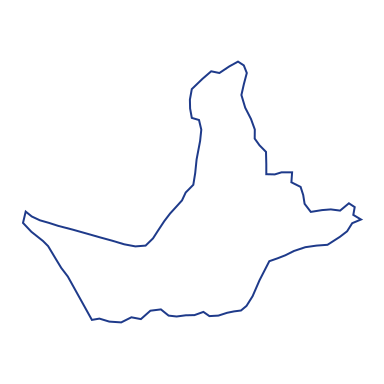 Sobrado, Paraíba, Brazil
{"feature_id": "56859067B78982550953926", "entity_name": "Sobrado", "entity_type": "district", "adm_level": 2, "iso_a3": "BRA", "parent_name": "Brazil", "parent_adm1": "Paraíba", "projection": "natural_earth1", "projection_center": [-35.255, -7.167], "detail": "fine", "context": "isolated", "style": "outline", "palette": "blue", "viewbox_px": 384, "rotation_deg": 0, "n_neighbors": 0, "source": "geoboundaries", "source_scale": "gbopen_adm2", "svg_char_len": 1298}
<svg xmlns="http://www.w3.org/2000/svg" viewBox="0 0 384 384"><path d="M23.0,222.9L31.4,231.8L43.0,241.0L48.1,246.1L56.2,259.6L61.3,268.0L67.8,276.5L91.9,319.9L99.4,318.6L109.3,321.6L121.2,322.4L131.4,317.3L140.9,319.1L150.4,310.7L160.9,309.4L168.6,315.6L176.6,316.5L185.7,315.3L194.5,315.1L203.4,311.9L209.4,316.1L218.4,315.6L227.1,312.8L234.0,311.4L241.0,310.5L246.5,305.9L252.6,296.2L259.5,280.3L269.3,261.2L277.6,258.3L285.3,255.3L293.9,251.0L305.3,247.2L316.5,245.6L327.5,244.8L339.8,236.9L347.1,231.3L352.2,223.2L361.0,219.5L353.3,214.9L354.7,207.1L348.9,203.3L340.1,210.6L330.8,209.4L322.0,210.1L310.8,211.9L304.6,203.8L303.2,195.0L300.6,186.9L291.4,182.3L292.1,172.3L281.6,172.3L274.8,174.4L266.3,174.2L266.3,164.2L266.0,151.9L259.5,145.3L254.7,138.6L254.8,129.5L251.0,119.0L245.2,107.7L241.4,95.0L243.9,84.0L246.8,73.0L243.8,65.4L238.0,61.6L229.3,66.4L219.4,73.0L211.2,71.3L202.4,78.9L191.8,89.1L189.9,99.6L190.1,108.5L191.8,117.9L199.0,120.0L201.3,129.7L200.1,141.0L196.6,159.4L195.2,173.1L193.3,184.8L185.7,192.5L182.0,200.4L176.5,206.5L170.1,213.5L164.3,221.1L157.9,230.8L153.0,238.4L145.6,245.6L135.4,246.4L124.2,244.3L112.2,240.7L99.4,237.2L87.5,233.8L72.6,229.6L58.3,225.9L49.0,222.9L39.9,220.3L31.8,216.5L25.7,211.6L23.0,222.9Z" fill="none" stroke="#1e3a8a" stroke-width="2"/></svg>